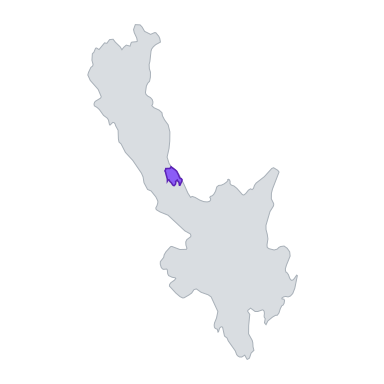 location of Hinboon, Khammouan, Laos, rotated 182°
{"feature_id": "54806243B38020110154971", "entity_name": "Hinboon", "entity_type": "district", "adm_level": 2, "iso_a3": "LAO", "parent_name": "Laos", "parent_adm1": "Khammouan", "projection": "equal_earth", "projection_center": [104.427, 17.789], "detail": "fine", "context": "in_parent", "style": "filled", "palette": "violet", "viewbox_px": 384, "rotation_deg": 182, "n_neighbors": 0, "source": "geoboundaries", "source_scale": "gbopen_adm2", "svg_char_len": 5511}
<svg xmlns="http://www.w3.org/2000/svg" viewBox="0 0 384 384"><g transform="rotate(182 192 192)"><path d="M141.7,31.1L143.2,34.7L150.6,44.5L151.8,47.2L154.5,49.2L156.7,57.9L157.7,58.4L158.9,57.8L159.8,56.6L160.6,53.3L161.1,52.9L161.9,55.7L164.0,56.5L164.9,57.7L165.2,59.8L164.9,62.0L163.1,66.9L162.0,73.5L169.2,87.8L172.2,89.8L179.4,92.1L184.3,95.3L186.6,94.5L188.8,91.0L191.4,89.0L196.2,86.0L197.6,85.8L200.3,87.0L204.7,90.5L211.3,97.2L211.1,99.0L209.9,100.7L206.3,103.4L205.2,105.1L205.9,105.7L208.9,106.1L212.4,107.6L213.4,109.4L214.0,113.4L214.6,114.1L217.9,113.7L218.9,114.2L220.1,115.5L221.2,118.8L221.2,121.3L218.0,125.7L217.6,128.3L215.9,131.4L211.5,136.6L210.3,136.9L202.1,134.1L195.6,134.5L195.1,135.6L196.2,138.7L196.5,141.9L195.5,144.2L191.7,147.3L191.6,148.7L192.3,150.1L197.8,152.9L215.2,168.0L223.1,170.9L226.6,172.8L227.5,173.8L227.5,175.2L226.6,176.9L225.8,179.8L225.8,181.6L226.6,183.3L228.0,185.9L232.9,191.6L236.5,193.0L240.3,199.6L241.4,205.3L243.2,209.1L252.3,221.5L259.9,229.2L264.5,237.5L266.7,239.4L267.4,242.4L268.0,251.1L270.6,255.5L271.2,257.3L272.3,258.6L273.6,258.8L276.3,256.0L276.8,256.4L278.0,261.0L279.1,262.7L283.1,265.5L287.4,271.1L289.7,273.1L292.6,274.7L293.0,276.5L292.5,278.3L291.6,279.4L286.7,282.6L286.0,284.0L289.3,291.2L297.6,300.0L300.2,305.3L299.6,307.9L297.4,313.0L295.7,314.4L295.3,316.0L296.6,320.2L296.4,326.7L294.9,328.3L293.4,332.3L292.4,332.6L289.9,331.1L284.6,338.0L282.3,337.6L279.7,341.4L276.2,341.9L273.9,339.1L268.8,334.5L267.0,331.7L265.4,334.1L262.8,336.5L259.0,335.6L258.0,339.1L257.3,339.7L252.7,340.3L251.9,340.8L252.6,344.0L255.3,349.3L256.1,352.3L254.5,357.3L249.7,357.2L247.6,355.1L245.0,350.9L238.9,348.1L234.9,350.0L233.7,349.9L230.6,346.4L229.5,344.1L228.8,340.7L233.4,338.0L235.7,335.8L237.3,333.5L237.9,331.2L238.6,321.3L239.3,317.9L238.9,313.6L237.7,310.3L237.6,305.3L238.3,301.2L240.0,299.2L241.3,296.3L242.0,289.7L241.4,288.0L239.7,286.4L236.8,284.9L235.0,283.0L234.2,280.7L234.3,278.6L235.2,276.9L233.0,274.9L227.7,272.7L224.8,270.2L224.2,267.1L222.0,263.2L218.2,258.3L216.2,251.3L216.0,242.1L216.5,234.6L218.1,226.0L215.9,219.7L213.5,216.5L210.1,214.0L206.9,210.6L203.9,206.1L200.3,199.4L196.0,190.6L193.2,186.6L191.7,187.6L188.7,186.7L184.0,184.2L179.9,182.8L176.5,182.6L174.2,183.2L173.2,184.5L173.1,185.9L174.0,187.2L173.5,188.2L171.7,188.9L170.2,190.4L168.5,193.6L167.4,197.9L165.6,199.5L163.0,199.8L160.4,201.1L157.8,203.1L156.5,204.7L156.7,205.7L156.1,206.0L154.9,205.4L154.3,204.0L154.3,201.8L153.0,200.3L150.3,199.5L147.3,197.2L141.5,191.1L140.1,190.8L138.2,192.4L135.7,195.8L133.6,197.2L132.0,196.5L130.7,197.7L129.8,200.8L128.2,203.2L120.3,209.8L113.1,218.3L111.3,219.1L107.1,216.7L105.7,215.0L111.7,197.7L112.6,193.4L112.5,187.9L110.0,183.3L109.9,181.9L110.3,180.5L113.4,175.1L116.9,161.3L116.7,157.0L115.3,152.3L114.5,147.8L115.2,141.7L114.9,139.3L113.3,138.1L107.9,136.9L104.8,137.9L103.3,139.6L101.5,140.6L98.1,141.2L94.9,139.1L92.3,135.6L91.7,131.4L95.1,122.1L96.0,118.6L95.9,116.9L95.3,115.2L94.5,114.9L92.8,112.8L91.2,108.9L89.6,107.2L88.2,107.5L86.8,109.0L84.5,112.6L83.8,112.1L85.9,99.4L87.8,94.0L90.0,91.5L92.3,90.5L94.8,90.9L96.8,90.4L98.5,89.1L98.4,88.3L96.4,88.1L95.7,86.7L96.1,84.0L97.0,82.2L98.3,81.4L99.6,78.7L100.9,74.1L102.5,71.8L104.2,71.7L107.3,69.7L111.7,65.8L113.4,62.0L115.0,63.8L114.4,68.1L115.3,69.1L115.6,70.6L115.4,73.1L115.7,75.2L116.4,76.2L117.4,76.7L122.0,74.9L124.8,74.8L129.4,78.0L132.1,75.6L132.2,74.7L130.0,71.7L130.7,60.6L130.5,52.2L126.7,45.9L126.0,43.5L125.6,39.4L124.6,35.9L127.3,33.1L128.8,28.0L130.7,26.7L131.3,26.9L133.6,30.8L136.5,28.8L138.8,28.8L140.7,29.9L141.7,31.1Z" fill="#d9dde1" stroke="#a8b0b8" stroke-width="1"/><path d="M217.0,201.9L216.2,203.4L215.3,203.3L214.6,201.9L212.9,200.4L212.0,199.0L211.7,198.6L211.3,198.2L211.1,198.1L210.9,197.9L210.1,197.7L209.0,198.9L208.8,199.2L208.8,199.3L208.7,199.6L208.6,200.4L208.5,201.1L208.5,201.3L208.8,201.9L208.8,202.0L207.9,202.6L207.4,203.3L207.2,203.5L207.1,203.3L207.0,203.1L206.5,202.3L206.4,202.2L206.2,202.1L205.9,201.8L205.9,201.7L205.7,201.5L205.6,201.4L205.2,200.6L205.1,200.4L205.2,200.2L205.1,199.6L205.0,199.3L205.0,199.0L204.9,198.7L204.8,198.4L204.7,198.0L204.6,197.7L204.6,197.8L204.3,198.3L204.1,198.7L204.1,198.9L204.0,199.1L203.9,199.2L203.9,199.4L203.8,199.6L203.7,199.8L203.6,200.0L203.5,200.3L203.4,200.5L203.2,200.9L203.1,201.1L203.0,201.3L202.9,201.5L202.8,201.9L202.7,202.1L202.6,202.4L202.5,202.5L202.5,202.8L202.4,203.0L202.4,203.3L202.5,203.3L202.5,203.5L202.5,203.8L202.4,204.0L202.5,204.1L202.6,204.3L202.8,204.5L203.0,204.8L203.3,205.0L203.6,205.0L203.8,205.1L204.0,205.1L204.6,205.5L204.8,205.8L204.9,206.0L205.1,206.4L205.3,206.7L205.4,207.0L205.6,207.4L205.7,207.8L205.8,207.9L205.9,208.1L206.0,208.5L206.2,209.0L206.5,209.4L206.7,209.8L206.9,210.2L207.2,210.7L207.4,211.1L207.5,211.3L207.6,211.6L207.8,211.9L208.0,212.2L208.2,212.4L208.3,212.5L208.5,212.6L208.8,212.9L209.0,213.1L209.7,213.6L209.8,213.7L210.7,214.3L211.4,214.8L211.8,215.1L212.1,215.3L212.3,215.2L212.4,215.3L213.0,215.9L213.2,216.0L213.4,216.2L213.6,216.4L213.8,216.5L213.8,216.2L213.7,215.8L213.8,215.8L214.0,215.9L214.3,215.7L214.4,215.4L214.6,215.0L215.0,214.9L215.4,214.7L215.5,214.7L215.9,214.7L216.4,214.7L217.7,214.6L219.0,214.5L219.0,214.3L219.0,214.2L219.1,213.9L219.1,213.6L219.3,213.2L219.6,212.7L219.8,212.3L219.8,212.2L219.7,212.2L219.5,211.9L219.1,210.7L218.4,208.2L218.2,207.7L218.1,207.4L217.6,205.7L217.3,204.8L217.2,204.3L217.1,204.1L217.0,201.9Z" fill="#8b5cf6" stroke="#5b21b6" stroke-width="1.5"/></g></svg>